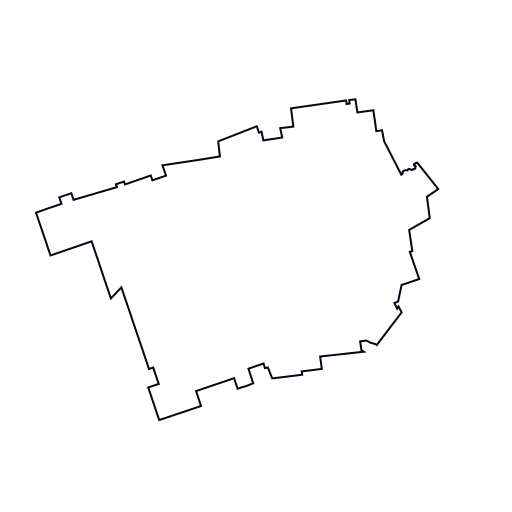 Figueroa, Santiago del Estero, Argentina, rotated 251°
{"feature_id": "61730980B49742365360774", "entity_name": "Figueroa", "entity_type": "district", "adm_level": 2, "iso_a3": "ARG", "parent_name": "Argentina", "parent_adm1": "Santiago del Estero", "projection": "mercator", "projection_center": [-63.559, -27.316], "detail": "fine", "context": "isolated", "style": "outline", "palette": "ink", "viewbox_px": 512, "rotation_deg": 251, "n_neighbors": 0, "source": "geoboundaries", "source_scale": "gbopen_adm2", "svg_char_len": 2399}
<svg xmlns="http://www.w3.org/2000/svg" viewBox="0 0 512 512"><g transform="rotate(251 256 256)"><path d="M236.2,118.3L215.9,118.2L204.4,118.2L184.0,118.0L184.0,122.5L175.3,122.4L166.7,122.4L166.8,111.3L166.7,111.3L150.1,111.2L139.2,111.1L132.4,111.1L132.1,155.2L140.0,155.3L147.8,155.4L147.6,194.6L147.6,195.5L136.5,195.4L136.4,201.8L136.2,204.4L136.6,211.9L151.9,212.2L151.9,228.1L147.1,227.9L146.7,230.9L135.0,231.5L134.2,235.1L128.7,261.0L132.0,261.7L129.9,271.5L127.8,281.5L140.1,283.9L130.4,326.8L132.7,325.0L141.4,326.7L140.6,330.1L140.4,332.2L138.6,334.4L137.7,335.1L136.9,335.8L133.9,340.1L132.5,341.2L140.9,353.8L145.3,360.3L150.7,368.5L155.3,375.4L161.9,374.3L160.3,372.3L166.5,371.6L166.6,375.5L181.2,384.2L181.1,402.8L209.8,402.8L209.8,405.4L230.8,409.3L235.2,432.6L256.3,436.9L260.0,450.1L291.1,439.1L291.1,438.7L291.4,438.5L291.8,438.5L291.9,438.3L291.9,438.0L291.9,437.5L291.9,437.2L291.7,436.7L291.7,436.3L291.5,435.7L291.5,435.3L291.1,435.2L290.6,435.0L290.1,435.0L289.7,435.3L289.7,435.8L289.1,436.0L288.8,436.2L288.5,436.1L288.2,435.7L287.7,435.3L287.1,435.2L286.8,434.9L286.7,434.5L286.8,434.1L287.0,433.6L287.0,433.0L286.6,432.6L286.7,432.0L286.6,431.7L286.7,431.1L287.0,430.8L287.4,430.5L287.5,430.2L287.7,429.9L288.1,429.8L288.3,429.6L288.6,429.1L288.5,428.6L288.5,428.2L288.3,427.7L288.1,427.4L287.7,427.2L287.8,426.8L287.9,426.4L288.2,425.9L288.4,425.4L288.5,425.0L288.4,424.5L288.4,423.9L288.4,423.3L288.1,422.7L287.8,422.1L287.4,422.0L287.1,421.7L286.7,421.6L286.4,421.6L286.2,421.3L286.2,420.8L286.0,420.6L285.6,420.4L285.5,420.2L285.5,419.9L291.9,418.9L297.9,418.1L304.1,417.2L316.2,415.5L320.5,414.8L322.7,414.5L333.8,416.1L334.9,410.4L343.9,412.2L349.8,413.3L355.6,414.4L357.3,405.8L358.7,398.6L371.8,401.0L373.1,394.8L369.7,394.2L370.2,391.1L373.6,391.8L373.8,391.8L373.8,391.4L384.2,337.2L366.2,333.4L369.0,320.5L359.5,319.4L362.9,300.6L371.7,301.7L371.7,298.9L378.3,299.0L378.4,298.9L376.7,257.6L361.9,254.3L365.2,235.0L372.2,197.1L361.3,197.1L361.3,182.7L366.4,182.7L366.3,155.4L369.4,155.4L369.4,146.9L366.4,146.9L368.5,101.8L375.5,101.8L375.5,89.1L368.7,89.1L368.7,72.4L368.6,62.1L341.3,62.0L335.3,62.0L333.1,61.9L329.5,61.9L323.4,61.9L323.4,71.3L323.4,81.3L323.4,100.3L323.4,100.9L323.4,105.3L309.5,105.3L284.8,105.1L263.1,105.0L267.1,112.6L269.5,117.3L270.2,118.5L255.4,118.4L246.0,118.4L236.2,118.3Z" fill="none" stroke="#020617" stroke-width="2"/></g></svg>